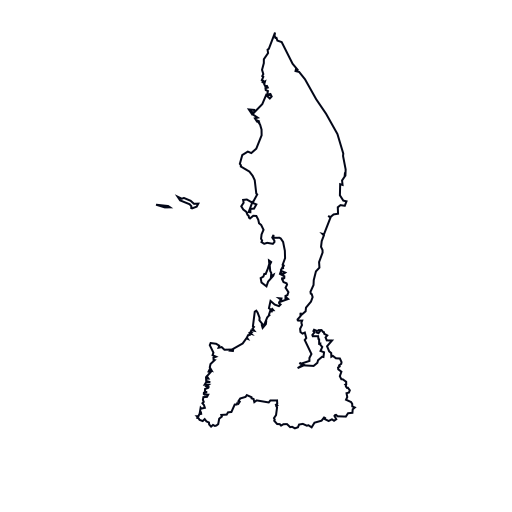 an SVG outline of Kamchatka, rotated 150°
{"feature_id": "RUS-3468", "entity_name": "Kamchatka", "entity_type": "Region", "adm_level": 1, "iso_a3": "RUS", "parent_name": "Russia", "parent_adm1": "", "projection": "orthographic", "projection_center": [164.844, 57.899], "detail": "fine", "context": "isolated", "style": "outline", "palette": "ink", "viewbox_px": 512, "rotation_deg": 150, "n_neighbors": 0, "source": "natural_earth", "source_scale": "10m", "svg_char_len": 6123}
<svg xmlns="http://www.w3.org/2000/svg" viewBox="0 0 512 512"><g transform="rotate(150 256 256)"><path d="M387.3,146.8L385.9,146.1L383.6,147.7L384.0,147.2L382.4,146.7L381.9,148.0L383.1,148.3L379.8,152.3L379.6,151.2L376.2,150.1L375.6,153.0L376.0,155.3L374.2,155.8L373.9,158.0L372.1,160.1L368.9,158.5L366.8,159.8L369.8,161.6L370.2,162.6L369.5,163.6L366.5,162.5L368.0,164.2L366.6,166.3L363.2,165.7L362.6,166.2L364.1,167.9L361.6,168.2L364.9,170.2L362.3,171.6L358.7,169.6L361.6,172.7L359.9,176.0L359.4,176.2L359.2,174.0L358.5,173.6L358.7,176.4L353.5,178.1L354.9,179.6L352.2,181.4L352.8,180.2L351.7,178.9L351.7,182.7L349.4,185.2L343.9,186.5L344.7,187.2L343.7,189.2L341.0,188.8L343.2,191.8L341.2,193.6L340.6,201.9L338.8,203.3L334.4,199.9L332.7,196.7L334.3,195.3L331.3,194.3L330.2,190.6L324.3,187.4L325.7,186.9L323.5,185.3L322.5,186.5L323.0,187.0L311.3,186.9L305.5,189.5L304.6,188.4L304.7,189.9L302.4,191.4L300.9,190.8L300.3,192.1L299.0,190.8L299.5,192.6L298.3,192.3L298.6,192.9L297.2,194.0L294.9,192.1L295.3,194.8L293.3,195.6L293.8,196.7L284.9,208.4L283.1,208.5L282.9,206.3L283.8,200.7L285.2,198.6L284.4,193.3L285.5,193.3L286.2,190.4L281.5,192.1L280.3,193.7L281.1,193.9L281.9,192.6L282.4,192.2L284.1,191.6L277.0,197.2L274.2,198.1L274.0,197.1L274.0,198.8L271.1,201.4L270.2,200.6L270.6,199.5L269.2,201.0L268.1,200.4L268.4,202.1L269.8,201.8L270.9,204.3L265.9,209.8L264.1,204.6L261.2,201.1L259.0,201.7L259.6,203.4L259.2,204.3L256.2,205.6L257.2,207.9L255.2,206.5L257.4,204.1L249.7,202.7L250.4,204.6L251.9,204.2L250.4,206.7L248.4,206.4L246.0,208.5L246.3,213.7L243.4,215.7L243.2,217.1L245.2,219.6L245.0,223.0L244.0,224.3L244.6,222.6L242.5,222.8L241.6,224.3L244.2,228.5L242.8,229.7L242.8,228.0L241.6,226.8L239.0,227.0L241.6,230.4L241.4,231.4L238.7,233.0L239.0,231.1L237.9,233.5L235.9,233.8L237.4,233.9L237.4,235.0L231.9,239.6L228.4,246.1L225.5,254.6L225.8,258.8L226.6,260.1L231.8,263.0L230.3,265.5L232.7,263.8L232.4,260.2L233.0,258.9L235.3,258.1L239.7,261.8L242.8,262.5L244.3,265.3L243.0,266.3L243.0,268.4L240.4,271.9L236.4,274.9L236.0,280.3L237.0,282.8L235.9,286.3L235.7,290.5L238.3,292.2L242.4,291.5L242.9,292.7L242.3,294.4L242.8,296.1L242.3,299.1L243.8,302.6L243.9,306.4L240.1,308.3L239.1,311.0L235.7,309.5L233.1,305.0L231.9,304.7L240.4,297.7L239.0,296.7L237.3,299.6L234.0,298.0L229.9,300.5L232.4,303.7L224.2,308.7L224.5,310.0L219.2,322.3L218.8,327.1L219.5,332.4L224.4,341.1L223.7,342.1L223.9,343.9L217.4,350.3L210.9,350.5L208.6,347.5L202.1,348.8L190.8,357.7L188.0,362.7L186.8,367.6L187.0,370.4L186.1,371.2L187.5,373.2L187.0,371.1L187.9,371.8L188.1,375.8L185.4,375.0L188.0,380.2L186.9,381.8L187.7,383.3L188.6,382.0L188.9,386.5L184.5,383.4L185.5,381.3L174.6,384.4L166.8,390.3L165.3,385.5L162.7,386.3L162.5,389.1L163.9,389.6L163.7,388.5L165.8,390.0L163.2,392.9L164.6,394.8L163.9,396.6L161.6,396.0L161.5,397.8L163.1,398.5L163.0,400.7L161.0,402.6L163.0,402.6L163.4,403.4L162.2,404.2L163.0,405.4L160.1,407.5L160.6,408.7L158.7,409.9L157.7,414.2L152.8,419.1L150.8,422.5L144.1,425.7L142.8,428.9L141.3,429.0L127.8,440.0L129.8,437.5L130.1,435.1L129.2,434.7L129.8,431.9L126.8,428.4L128.2,404.2L126.7,395.6L127.8,398.0L129.3,396.4L126.6,393.8L125.2,384.5L125.5,361.6L124.2,344.1L124.5,320.9L129.2,301.1L130.6,299.1L135.1,286.1L138.4,280.9L139.2,280.6L137.6,282.5L137.1,283.9L139.6,280.4L143.7,278.4L145.5,274.3L147.2,276.1L153.0,266.6L152.7,260.3L150.3,258.1L154.0,255.1L157.4,257.8L160.8,257.3L163.8,251.6L168.0,253.2L172.1,252.5L173.5,254.6L172.2,252.1L186.3,240.8L187.4,241.9L186.9,239.9L191.6,236.1L195.1,231.4L195.4,227.9L196.6,225.7L204.4,219.2L206.9,214.2L211.8,212.7L218.0,206.3L220.7,202.1L226.7,197.8L227.4,196.0L226.8,195.1L227.5,192.1L231.2,189.0L238.5,186.3L240.7,183.3L246.1,182.3L245.9,184.5L247.6,181.6L251.7,180.3L252.0,179.3L251.5,178.8L248.3,177.0L250.1,175.5L250.7,173.2L254.2,170.9L255.5,167.9L254.5,165.5L252.0,165.3L253.5,159.8L255.8,158.9L257.0,143.4L260.7,141.0L262.2,138.4L270.7,140.2L271.6,141.8L271.5,140.6L269.5,138.4L276.0,138.1L269.3,137.4L261.1,132.0L256.3,132.8L254.4,134.7L249.1,135.7L248.1,134.8L245.2,138.6L247.6,141.5L244.1,144.1L244.7,147.1L244.1,148.0L245.2,148.4L243.0,152.3L243.4,152.9L242.3,155.5L246.9,158.1L246.7,159.4L243.9,160.5L243.4,161.3L243.8,162.3L242.6,163.1L240.7,160.7L241.8,159.5L240.5,157.9L237.7,159.1L239.6,160.9L236.3,159.1L235.9,156.6L235.3,156.1L235.8,154.5L234.0,151.6L236.5,150.7L236.9,147.5L232.4,144.8L239.6,142.3L240.3,136.8L239.4,134.4L241.1,131.1L239.4,131.1L237.9,127.4L234.6,125.3L235.0,121.3L236.1,120.0L238.7,119.7L238.8,118.5L240.7,118.4L241.4,116.7L239.9,113.1L243.5,110.0L243.7,106.6L242.5,105.8L240.8,102.0L242.0,99.8L242.9,99.9L242.7,99.1L243.4,98.1L243.1,96.2L242.3,96.0L241.9,92.8L243.8,91.3L246.2,91.9L247.5,88.2L249.9,86.5L246.7,82.0L246.6,79.9L247.8,77.6L246.2,75.4L248.9,74.9L250.9,72.0L254.9,73.8L258.5,72.0L265.5,76.4L266.1,78.4L267.0,78.7L268.0,78.3L268.1,74.5L270.8,74.3L271.9,76.6L275.6,76.8L278.0,80.4L277.2,81.1L277.8,82.1L281.6,80.6L288.7,82.4L293.5,79.8L295.2,83.2L296.8,83.6L299.4,87.2L303.0,88.5L305.3,86.7L308.5,87.3L310.1,90.0L312.0,90.7L313.2,94.9L316.3,96.6L319.1,96.6L319.5,98.5L321.7,99.9L322.6,104.2L321.6,105.0L321.5,106.6L318.2,108.2L313.5,114.3L313.5,115.9L312.4,115.9L312.9,117.2L311.5,117.4L310.0,120.4L315.8,123.7L318.2,122.8L327.6,130.6L330.5,130.3L329.6,133.4L331.0,134.9L330.5,136.0L333.5,140.1L335.5,139.2L340.9,140.5L343.7,139.1L343.0,137.9L345.2,136.8L345.8,137.9L347.0,137.0L348.7,138.0L355.3,133.2L358.4,134.6L360.7,133.3L365.5,135.7L365.9,134.0L369.2,133.5L372.8,129.3L375.1,129.0L376.6,129.4L377.7,131.2L380.2,130.7L380.8,133.5L380.0,135.3L381.6,137.5L382.0,140.4L384.7,139.7L386.8,142.3L386.9,144.2L387.8,145.2L387.0,145.8L387.3,146.8ZM264.5,230.3L263.0,234.5L259.9,234.5L257.8,236.3L256.6,235.6L252.1,239.1L248.4,242.6L247.0,245.6L245.9,243.2L248.7,241.3L251.2,235.9L251.3,233.6L253.1,231.0L250.1,231.0L250.9,230.3L258.3,227.8L262.1,224.5L264.5,230.3ZM293.9,342.1L294.2,346.5L291.6,342.7L289.4,342.3L285.0,336.5L283.6,332.2L279.8,330.2L282.7,328.4L287.5,329.2L288.1,329.9L287.1,331.4L287.6,334.0L293.9,342.1ZM310.7,343.7L316.9,350.4L307.1,343.2L306.1,341.1L310.7,343.7Z" fill="none" stroke="#020617" stroke-width="2"/></g></svg>